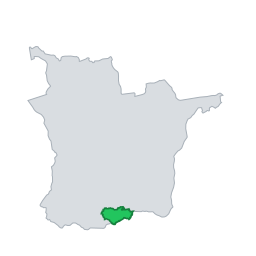 Bondo, Orientale, Democratic Republic of the Congo (highlighted), rotated 171°
{"feature_id": "63176286B80368275017521", "entity_name": "Bondo", "entity_type": "district", "adm_level": 2, "iso_a3": "COD", "parent_name": "Democratic Republic of the Congo", "parent_adm1": "Orientale", "projection": "albers", "projection_center": [23.994, 4.253], "detail": "fine", "context": "in_parent", "style": "filled", "palette": "green", "viewbox_px": 256, "rotation_deg": 171, "n_neighbors": 0, "source": "geoboundaries", "source_scale": "gbopen_adm2", "svg_char_len": 7884}
<svg xmlns="http://www.w3.org/2000/svg" viewBox="0 0 256 256"><g transform="rotate(171 128 128)"><path d="M222.5,170.8L203.1,173.9L203.5,174.9L203.3,176.0L202.8,176.9L200.9,179.2L198.0,181.3L198.0,181.8L199.4,184.2L200.4,187.4L200.2,193.1L200.6,194.6L200.5,195.8L199.6,197.1L197.6,203.9L199.0,207.2L202.9,210.2L205.1,212.4L208.9,213.2L209.5,213.1L209.8,211.2L212.8,210.5L212.9,222.5L212.7,223.1L212.1,223.3L211.4,222.9L211.1,221.8L210.3,221.3L206.6,222.8L205.7,222.8L204.7,222.5L203.9,221.9L203.7,221.0L201.0,217.5L199.7,217.3L198.3,214.2L192.4,211.9L190.2,211.7L189.0,211.0L187.9,208.5L185.9,206.9L185.5,205.2L185.1,204.9L183.9,205.3L182.9,208.1L181.6,208.8L179.2,208.8L173.2,208.0L168.9,206.6L167.8,206.7L166.1,205.4L165.4,203.2L165.7,201.6L165.4,201.3L158.9,202.7L157.3,203.6L155.9,203.4L155.4,202.9L156.1,201.8L155.7,200.5L155.3,199.9L153.3,199.5L152.7,198.1L151.5,197.9L151.1,198.1L150.9,199.1L150.2,199.4L146.3,198.9L142.2,200.1L136.8,199.8L134.2,201.2L133.8,201.1L133.3,200.4L132.8,198.1L133.1,197.5L133.9,197.0L134.1,196.1L133.9,193.7L134.1,193.2L133.8,191.8L133.0,189.6L131.9,187.8L129.4,185.1L129.0,183.9L129.2,180.9L130.0,176.1L129.9,172.5L128.9,170.2L128.7,167.7L129.4,163.3L128.7,162.2L116.5,161.8L116.0,161.4L115.7,160.8L116.3,158.1L108.8,158.8L106.6,159.3L105.2,160.4L104.7,161.7L104.7,163.7L103.5,165.5L103.2,168.7L101.1,169.0L99.1,169.0L95.1,168.3L91.2,169.2L89.3,170.0L88.3,169.6L84.8,169.9L84.3,169.6L80.4,163.4L78.6,161.3L78.3,160.3L78.5,159.3L78.0,158.0L76.2,154.8L75.8,153.3L75.9,151.0L75.7,150.2L74.1,148.2L73.0,147.5L71.8,147.1L51.8,147.2L45.2,146.7L40.4,146.9L37.9,146.7L37.3,146.4L35.1,146.8L33.9,147.6L32.1,148.0L31.1,147.8L29.1,145.5L31.9,145.1L32.1,144.9L32.4,139.3L31.6,138.6L33.2,137.6L35.6,135.2L38.0,134.4L38.3,133.9L38.8,133.9L39.7,134.9L41.7,136.3L44.3,135.2L44.5,134.8L44.9,132.4L45.5,132.2L46.6,132.8L47.2,132.8L48.3,132.1L51.6,131.0L52.5,132.5L51.6,133.9L52.0,134.9L52.1,136.4L52.6,136.7L55.2,136.9L55.9,136.6L61.0,131.1L62.4,130.5L64.5,128.4L67.4,127.4L68.6,125.7L70.3,122.6L71.1,118.2L70.9,110.5L71.1,109.5L74.5,106.0L78.1,99.8L80.5,98.1L82.3,97.5L85.0,95.2L87.2,92.9L86.9,90.1L87.5,87.8L88.7,84.8L89.1,81.7L88.7,78.4L88.9,75.7L90.5,71.4L90.7,66.5L92.2,62.4L95.1,57.2L96.5,53.2L96.3,49.4L96.7,46.5L96.5,44.9L96.0,43.4L96.3,42.5L97.4,42.1L98.7,40.7L101.2,36.9L103.8,35.1L105.7,34.5L107.6,34.6L108.8,34.9L110.8,36.4L113.1,37.6L114.8,39.1L116.5,41.4L120.6,41.9L122.3,42.8L123.4,43.1L123.8,42.9L124.6,43.0L126.6,43.7L128.1,43.3L135.7,44.8L136.5,44.1L138.6,40.1L140.2,38.8L142.8,38.6L144.8,39.4L145.9,39.4L155.2,36.0L156.4,35.8L159.8,36.7L162.0,36.1L162.8,36.3L164.7,35.7L166.3,33.3L167.6,32.7L180.9,35.2L182.9,34.0L183.9,33.8L186.9,34.7L187.8,36.2L189.6,37.4L190.9,39.5L192.8,40.7L193.9,41.8L195.0,42.5L197.5,42.8L200.5,40.9L202.7,41.1L204.9,42.1L205.7,42.0L207.3,40.9L208.2,39.7L209.0,39.5L210.3,40.0L211.4,41.1L212.3,42.6L215.7,46.2L218.9,47.7L219.7,49.8L220.9,49.6L221.5,49.8L222.3,51.2L222.9,51.5L223.0,52.0L222.2,53.3L221.5,55.8L222.5,57.4L221.7,59.6L221.3,61.9L222.3,62.4L223.7,62.4L225.0,63.6L225.9,63.8L226.9,65.0L226.7,66.1L223.6,69.8L218.8,74.5L217.2,75.0L216.4,75.9L215.8,77.2L214.4,78.4L213.3,78.8L213.3,82.1L211.7,85.6L211.0,86.3L210.2,91.8L210.4,92.8L209.5,97.3L209.7,101.6L207.4,102.9L205.8,105.0L205.1,106.4L205.1,109.9L202.5,112.0L202.3,112.5L203.0,114.9L204.0,115.3L204.0,116.1L206.2,118.7L206.1,126.6L206.2,127.4L207.3,129.3L208.1,132.9L207.3,137.5L210.3,145.9L209.0,148.9L209.7,151.9L211.5,154.9L215.6,157.9L216.8,159.2L217.8,160.8L218.8,163.4L222.5,170.8Z" fill="#d9dde1" stroke="#a8b0b8" stroke-width="1"/><path d="M157.9,51.8L158.1,51.7L158.3,51.6L158.6,51.4L158.8,51.5L159.0,51.7L159.1,51.8L159.4,51.8L159.4,51.6L159.5,51.6L159.8,51.5L160.0,51.4L160.2,51.5L160.6,51.5L161.1,51.6L161.3,51.7L161.5,51.6L161.7,51.8L162.0,51.9L162.1,52.0L162.0,52.3L162.2,52.5L162.4,52.5L162.8,52.2L163.1,52.3L163.3,52.2L163.5,52.3L163.5,52.2L163.7,52.3L163.8,52.2L164.0,52.0L164.0,51.9L164.2,51.7L164.3,51.5L164.5,51.5L164.6,51.3L164.6,51.2L164.8,51.1L165.0,50.6L165.1,50.4L165.2,50.6L165.3,50.7L165.3,50.4L165.4,50.2L165.1,50.0L165.2,49.8L165.4,49.8L165.6,50.0L165.7,49.9L165.8,49.9L166.0,49.8L166.2,49.7L166.4,49.3L166.5,49.2L166.6,49.4L166.7,49.2L166.8,48.9L166.9,49.1L167.0,49.0L167.0,48.9L166.9,48.8L167.0,48.7L167.2,48.4L167.4,48.3L167.5,48.4L167.7,48.1L167.7,47.8L167.8,47.6L167.6,47.6L167.4,47.6L167.4,47.4L167.2,47.1L166.7,46.8L166.6,46.7L166.4,46.6L166.2,46.5L166.2,46.3L166.3,46.2L166.5,46.1L166.8,45.7L166.7,45.5L166.5,45.2L166.4,45.1L166.4,44.1L166.3,43.9L166.0,43.9L166.0,43.7L165.6,43.5L165.5,43.4L165.3,43.0L165.3,42.9L165.4,42.6L165.5,42.3L165.5,42.2L165.4,41.8L165.5,41.2L165.4,41.2L165.1,41.2L164.5,41.6L163.8,41.8L163.5,41.7L162.8,41.2L162.5,40.9L161.4,40.4L161.2,40.2L160.7,40.0L160.6,39.9L160.7,39.2L160.4,38.9L160.2,38.5L160.1,38.4L160.0,38.2L159.8,38.1L159.7,38.0L159.6,37.9L159.5,37.7L159.4,37.5L159.4,37.4L159.2,37.3L159.2,37.1L159.1,36.9L159.0,36.7L158.8,36.8L158.7,36.8L158.6,36.7L158.8,36.6L158.8,36.4L158.8,36.2L158.4,36.2L158.3,35.8L158.2,35.6L157.7,35.6L157.5,35.4L157.4,35.1L157.0,35.0L156.9,34.9L156.6,34.9L156.4,34.9L156.4,35.0L156.5,35.2L156.5,35.3L156.4,35.3L156.1,34.8L155.9,34.8L155.8,35.2L155.6,35.2L155.6,35.3L155.7,35.5L155.9,35.4L156.0,35.4L156.1,35.5L155.9,35.7L155.7,35.8L155.3,35.9L155.2,35.9L154.7,36.1L154.8,36.4L154.8,36.6L154.7,36.6L154.5,36.4L154.3,36.4L153.9,36.7L153.6,37.0L153.3,37.0L153.1,36.8L152.8,36.9L152.3,37.2L152.0,37.3L151.8,37.2L151.6,37.2L151.5,37.3L151.5,37.6L151.5,37.9L151.4,37.9L151.1,37.6L150.9,37.6L150.7,37.7L150.6,37.8L150.4,37.9L150.2,37.8L150.2,37.7L149.9,37.9L149.6,38.2L149.3,38.2L149.1,38.2L148.9,38.2L148.5,38.4L148.2,38.7L147.9,38.8L147.7,38.7L147.1,39.1L146.8,39.3L146.4,39.3L146.0,39.6L146.0,40.1L145.9,40.1L145.6,39.9L145.1,39.9L144.9,39.8L144.8,39.6L144.6,39.5L144.5,39.4L144.4,39.2L144.0,39.1L143.9,39.0L143.7,38.8L143.5,38.7L143.3,38.7L142.8,38.9L142.3,38.5L141.9,38.3L141.6,37.9L141.4,37.5L141.0,37.8L140.7,37.8L140.5,38.0L140.6,38.4L140.6,38.5L140.3,38.6L140.3,38.8L140.2,38.9L140.2,39.0L139.8,38.7L139.5,38.9L139.4,39.0L139.2,39.5L139.0,39.8L138.9,39.9L138.9,40.1L138.9,40.6L138.6,40.9L138.6,41.2L138.5,41.4L138.4,41.5L138.2,41.4L137.8,41.2L137.5,41.4L137.5,41.9L137.3,42.1L137.7,42.3L137.7,42.6L137.2,42.8L136.9,43.5L137.0,43.8L137.0,44.0L136.8,44.2L136.7,44.3L136.4,44.6L136.1,44.8L135.9,45.0L136.1,45.0L136.4,45.1L136.6,44.9L136.9,44.8L137.3,45.0L137.8,44.9L138.0,45.1L138.3,45.3L138.5,45.4L138.7,45.2L138.7,45.4L138.9,45.5L139.0,45.5L139.1,45.8L139.3,45.9L139.5,46.0L139.9,46.4L139.6,46.6L139.5,46.9L139.5,47.2L139.4,47.2L139.4,47.4L139.7,47.7L139.8,47.7L139.8,47.8L140.0,47.7L140.1,47.8L140.4,47.8L140.6,48.0L140.9,47.8L141.1,47.8L141.2,47.7L141.3,47.7L141.3,47.8L141.5,47.8L141.8,47.7L142.1,47.7L142.2,47.8L142.3,47.7L142.5,47.7L142.8,47.6L143.1,47.6L143.2,47.8L143.4,47.8L143.5,47.8L143.7,47.7L143.9,47.7L144.2,47.8L144.4,47.9L144.5,47.9L144.7,48.0L144.8,48.0L145.1,48.0L145.3,48.2L145.4,48.3L145.6,48.2L145.9,48.0L146.1,48.1L146.3,48.0L146.6,48.2L147.0,48.1L147.1,48.3L147.1,48.6L146.6,49.0L146.4,49.0L146.2,49.2L146.1,49.3L145.9,49.4L145.8,49.5L145.2,49.2L144.9,48.8L144.5,48.5L144.3,48.5L144.1,48.4L144.0,48.5L144.1,48.8L144.1,49.0L144.5,49.1L144.4,49.4L144.4,49.6L144.6,49.9L144.9,50.1L144.9,50.4L145.1,50.4L145.1,50.5L145.3,50.8L145.3,51.0L146.9,51.1L147.3,51.2L147.7,51.3L147.9,51.1L148.0,50.8L148.2,50.6L148.5,50.7L148.8,50.8L149.0,50.5L149.3,50.7L149.5,50.7L149.8,50.6L150.1,50.2L150.4,50.5L150.6,50.1L150.8,50.2L151.1,49.9L151.3,49.7L151.4,49.4L151.4,49.1L151.8,49.0L152.1,49.1L152.3,49.1L152.5,49.2L152.9,49.3L153.0,49.3L153.3,49.2L153.6,49.2L153.8,49.2L154.0,49.3L154.3,49.3L154.4,49.6L154.6,49.7L154.9,50.0L155.0,50.2L155.2,50.5L155.3,50.5L155.5,50.7L155.6,50.9L155.9,50.9L156.1,51.0L156.2,50.9L156.3,51.0L156.5,51.1L156.8,51.1L157.0,51.1L157.2,51.3L157.4,51.5L157.9,51.8Z" fill="#22c55e" stroke="#15803d" stroke-width="1.5"/></g></svg>